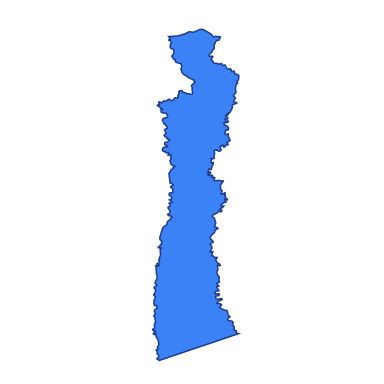 outline of Ulloa, Valle del Cauca, Colombia, rotated 77°
{"feature_id": "7082276B37156056726077", "entity_name": "Ulloa", "entity_type": "district", "adm_level": 2, "iso_a3": "COL", "parent_name": "Colombia", "parent_adm1": "Valle del Cauca", "projection": "robinson", "projection_center": [-75.783, 4.708], "detail": "fine", "context": "isolated", "style": "filled", "palette": "blue", "viewbox_px": 384, "rotation_deg": 77, "n_neighbors": 0, "source": "geoboundaries", "source_scale": "gbopen_adm2", "svg_char_len": 6058}
<svg xmlns="http://www.w3.org/2000/svg" viewBox="0 0 384 384"><g transform="rotate(77 192 192)"><path d="M340.5,178.5L339.6,180.3L337.0,180.2L336.1,182.1L332.7,181.1L330.5,182.5L328.5,181.3L327.1,181.7L325.3,185.5L324.2,186.0L323.2,185.5L322.2,183.0L319.8,184.6L315.9,184.3L315.4,184.6L313.9,187.8L310.9,191.1L308.5,188.6L307.0,190.0L306.1,192.6L305.1,192.0L304.4,190.9L303.7,187.0L303.1,186.7L302.4,187.3L302.2,191.8L301.2,192.7L299.5,192.8L298.8,192.0L299.0,189.8L298.3,188.3L297.3,188.6L296.8,189.9L296.8,192.1L295.9,192.5L294.8,192.0L293.9,190.6L294.4,188.1L293.6,188.0L290.3,189.4L289.7,188.8L289.8,187.1L286.6,188.6L286.1,185.8L285.5,185.4L283.5,185.6L281.3,184.5L277.8,185.9L275.8,186.2L273.6,184.2L269.4,183.9L269.1,183.3L270.1,181.8L269.8,181.0L268.6,181.1L266.3,183.5L263.3,184.2L261.6,182.2L261.2,182.5L260.9,184.8L259.2,185.6L258.4,187.2L254.8,185.1L254.4,187.8L251.2,185.3L249.7,185.1L246.5,185.7L245.9,184.7L246.0,183.0L245.4,182.5L243.6,183.2L241.7,184.6L240.1,184.5L238.3,182.3L236.6,179.3L234.0,177.7L233.8,175.5L233.1,174.8L230.6,177.8L227.6,175.8L222.2,176.1L220.7,177.8L219.7,177.8L218.7,175.8L218.1,172.1L216.9,171.1L216.9,170.2L217.8,168.6L217.6,167.4L216.6,167.1L215.0,168.8L213.8,165.4L212.9,164.2L212.2,166.8L211.4,166.7L209.7,164.1L209.5,161.1L208.9,161.0L207.0,162.1L206.4,161.6L207.7,159.5L207.3,159.1L204.2,161.0L202.7,160.1L201.9,161.1L201.1,160.1L200.1,160.0L200.7,163.0L200.6,163.9L200.2,164.0L197.4,162.4L195.6,163.5L191.7,162.7L190.3,161.1L189.3,160.7L188.8,159.1L188.2,159.1L187.8,161.2L186.8,162.7L186.2,167.5L184.8,168.1L184.1,166.9L183.1,166.6L182.6,167.3L182.2,169.7L181.0,168.4L180.4,168.3L179.9,169.1L179.8,171.6L178.7,172.7L178.2,172.3L178.3,170.7L177.5,169.5L176.8,169.5L176.5,170.1L176.8,172.1L173.5,170.6L173.3,169.9L174.4,168.9L174.3,167.9L172.9,167.6L169.3,165.0L168.0,164.6L168.1,166.0L167.3,166.9L165.0,165.7L163.8,166.1L163.5,165.6L164.4,164.3L164.1,162.7L161.6,162.4L159.6,161.2L157.1,161.3L156.5,160.8L156.4,160.0L157.0,158.8L156.7,157.9L158.3,156.8L158.4,155.1L157.2,153.9L154.8,154.6L153.8,154.3L153.9,152.9L153.1,151.7L153.7,151.0L155.2,151.2L155.4,149.7L153.9,148.4L154.1,146.8L153.7,146.0L151.5,146.8L150.6,143.5L149.2,143.2L147.1,144.1L143.6,143.6L143.6,146.5L142.6,147.1L141.9,146.9L141.4,146.1L139.2,145.2L139.7,142.8L139.3,142.4L137.3,142.0L135.9,142.8L133.6,145.4L132.1,145.7L131.8,145.0L132.2,142.6L131.8,140.7L130.8,141.0L130.5,143.0L130.0,143.5L128.0,143.1L129.0,141.5L128.4,140.5L127.4,140.5L125.3,142.1L124.9,141.7L124.9,139.4L124.3,139.2L123.4,139.9L123.5,138.0L122.8,136.9L119.1,133.8L115.8,132.9L115.7,128.6L115.0,128.4L113.8,130.6L112.9,131.1L110.2,128.5L107.5,130.0L104.6,126.6L101.9,126.7L98.0,125.3L95.9,123.0L94.5,123.5L93.2,121.6L89.7,120.2L88.4,120.5L86.3,123.7L83.6,123.8L83.8,126.2L81.5,126.3L80.5,126.9L80.4,129.2L79.5,130.2L75.6,131.3L76.0,133.1L73.5,134.4L73.3,135.3L73.8,136.9L72.6,137.9L71.7,141.2L71.1,141.9L68.8,142.3L68.1,143.3L67.1,143.5L64.9,141.3L64.0,142.0L63.9,144.5L62.7,144.9L61.7,144.1L60.4,141.5L58.8,140.4L57.2,138.1L54.4,137.6L51.1,135.3L49.9,133.7L50.2,131.6L47.5,129.5L46.7,130.3L46.1,133.0L45.5,133.9L45.9,135.8L45.7,136.3L43.1,137.4L41.7,138.6L36.3,144.4L35.3,147.4L36.6,153.7L36.4,155.4L35.2,158.9L36.3,163.2L36.8,170.6L35.3,179.8L37.8,178.6L38.2,178.9L38.3,180.2L39.0,180.4L39.8,178.9L41.8,178.6L43.7,180.0L46.6,180.7L47.8,179.8L49.0,177.9L50.3,177.6L53.5,179.0L54.9,181.0L55.7,181.2L56.9,180.2L58.5,180.1L59.4,178.7L61.9,178.6L64.8,173.6L67.4,173.7L69.5,175.1L72.8,175.0L74.8,174.2L79.9,169.4L83.7,164.7L84.7,165.0L86.1,164.5L87.3,167.6L88.7,168.8L90.9,168.1L91.7,168.9L96.1,169.1L96.7,169.9L96.6,171.3L95.2,173.6L95.3,174.9L94.1,175.8L92.7,178.3L91.0,179.0L90.5,181.0L91.3,182.4L93.2,182.5L94.6,183.9L96.9,184.7L97.3,185.4L96.5,186.7L96.5,187.8L98.1,189.4L98.5,190.9L97.9,192.2L96.6,193.1L96.5,194.1L97.6,196.8L96.9,199.2L98.6,201.5L96.8,203.2L96.8,203.8L97.1,204.2L100.1,204.3L100.2,204.8L99.4,205.3L99.8,206.3L102.7,203.8L104.1,204.0L104.3,202.5L104.7,202.1L105.1,202.3L106.2,204.1L107.1,204.1L108.5,202.7L109.2,199.6L112.6,198.6L113.7,199.4L113.8,203.4L115.3,204.8L117.2,204.1L119.2,204.2L120.4,202.4L121.9,202.4L123.9,201.2L124.4,201.6L124.9,204.7L129.2,204.1L130.5,206.5L132.3,205.7L133.3,204.0L134.5,204.4L136.3,202.0L137.6,204.3L137.7,207.5L139.5,207.9L141.7,205.4L142.3,205.4L142.0,209.1L142.7,210.5L144.3,211.4L145.5,211.2L146.9,209.4L146.9,208.5L148.4,208.0L148.4,206.4L149.0,205.7L150.8,207.0L150.7,204.6L151.0,204.1L153.0,205.0L154.5,204.6L156.6,206.5L157.8,206.0L159.8,206.5L161.3,205.4L163.1,202.9L164.4,205.5L165.4,205.8L165.4,207.0L168.8,210.3L178.3,211.4L179.2,209.5L181.0,208.7L181.9,211.6L182.7,211.6L184.5,210.1L188.1,210.8L188.4,211.4L187.9,213.8L188.7,214.8L190.3,214.9L191.4,213.1L193.9,213.2L194.6,215.8L197.4,213.4L197.8,216.9L199.2,216.3L200.6,216.4L201.1,217.0L201.2,218.4L202.0,219.0L204.7,217.9L207.1,217.9L208.1,218.6L208.0,220.4L208.4,220.8L209.6,220.3L211.0,217.4L211.9,217.0L212.9,218.8L214.1,219.6L215.3,222.6L218.2,224.0L219.5,227.4L220.9,228.9L229.4,233.8L231.4,233.8L233.3,232.5L234.6,233.2L236.0,233.3L236.3,234.6L237.6,235.8L238.2,237.4L238.9,237.1L239.2,234.8L240.1,234.5L240.6,235.9L246.5,236.9L248.7,238.6L249.9,238.6L250.5,239.7L253.0,239.4L253.6,240.2L253.9,242.3L254.4,242.3L255.3,240.6L255.9,240.4L256.5,241.3L256.3,242.6L255.4,243.3L255.7,244.1L257.5,243.8L258.7,244.4L261.0,244.4L263.4,245.1L265.1,244.7L266.9,245.0L269.2,246.0L270.2,247.2L272.4,248.5L275.1,247.2L276.0,250.0L276.7,250.5L279.1,249.4L282.3,251.0L283.5,252.5L284.3,252.4L285.1,251.5L285.9,251.3L289.2,253.4L291.8,254.2L294.1,254.2L294.7,252.0L295.7,251.6L297.6,252.9L298.4,254.8L299.5,255.6L302.5,255.1L304.1,257.1L306.2,256.5L309.7,256.6L313.3,258.8L314.8,258.5L316.1,259.2L316.8,261.0L317.5,261.4L318.4,260.8L319.0,258.9L319.9,259.5L321.0,261.4L321.7,261.6L322.5,260.9L321.8,259.2L324.9,259.5L329.1,258.2L333.6,258.8L335.3,260.8L337.2,260.2L337.7,260.7L337.8,262.4L339.9,262.0L341.7,262.3L343.4,261.3L344.5,261.3L345.5,261.9L346.6,263.8L347.8,262.2L348.8,262.0L340.5,178.5Z" fill="#3b82f6" stroke="#1e3a8a" stroke-width="1.5"/></g></svg>